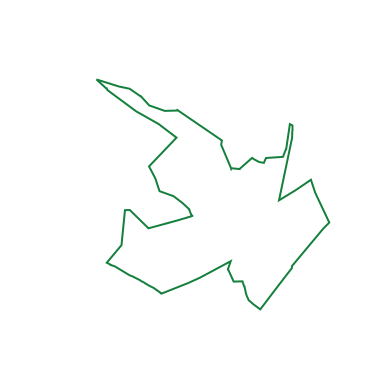 Marondera Urban, Mashonaland East, Zimbabwe (Equal Earth projection), rotated 117°
{"feature_id": "62879985B19801447956475", "entity_name": "Marondera Urban", "entity_type": "district", "adm_level": 2, "iso_a3": "ZWE", "parent_name": "Zimbabwe", "parent_adm1": "Mashonaland East", "projection": "equal_earth", "projection_center": [31.561, -18.213], "detail": "fine", "context": "isolated", "style": "outline", "palette": "green", "viewbox_px": 384, "rotation_deg": 117, "n_neighbors": 0, "source": "geoboundaries", "source_scale": "gbopen_adm2", "svg_char_len": 1742}
<svg xmlns="http://www.w3.org/2000/svg" viewBox="0 0 384 384"><g transform="rotate(117 192 192)"><path d="M98.8,127.2L91.9,130.4L91.5,130.4L87.1,132.7L87.1,135.6L110.6,127.7L110.6,127.8L119.4,126.9L128.1,141.5L133.5,141.2L134.8,145.9L134.7,151.5L134.3,153.9L149.4,159.9L149.9,159.9L152.9,167.6L153.5,167.6L152.9,168.2L136.9,187.2L136.5,187.5L132.5,188.8L125.6,242.3L126.2,242.3L132.1,253.1L134.3,269.4L129.5,282.1L130.1,281.4L128.3,294.4L131.2,305.1L135.1,328.2L138.5,315.9L138.7,315.0L137.8,315.7L139.6,313.6L145.5,278.2L146.6,252.5L150.6,230.5L160.0,233.3L188.7,241.9L196.4,231.0L206.0,221.3L204.1,206.6L206.1,195.6L208.7,186.5L209.0,186.5L213.1,181.8L212.7,180.3L223.4,191.5L244.1,214.3L236.3,239.2L238.6,243.5L271.3,230.7L293.7,235.8L293.7,230.9L293.9,230.9L293.6,229.8L293.6,228.5L293.3,227.5L293.3,226.9L294.5,210.6L294.5,210.0L294.5,209.0L294.3,207.7L294.2,207.1L294.2,206.1L294.2,204.8L294.2,203.8L294.2,202.5L294.2,201.5L294.2,199.9L294.2,198.6L294.2,197.7L294.5,196.7L294.4,195.4L294.4,194.1L294.4,193.1L294.7,192.1L294.7,190.8L294.7,189.9L294.9,188.9L294.9,186.3L294.9,185.3L294.9,182.7L294.9,182.1L295.1,181.7L295.1,180.4L295.4,179.8L295.4,179.5L295.4,179.1L295.4,178.5L295.6,178.2L295.6,176.9L295.9,176.5L295.9,175.9L295.9,175.6L295.9,174.9L296.1,174.6L296.1,174.3L296.1,173.9L296.1,173.6L296.4,173.6L296.4,173.3L296.9,173.5L275.0,154.2L264.6,145.9L236.1,126.1L244.7,124.9L244.9,124.7L245.0,124.5L244.7,124.5L252.9,114.2L248.7,106.5L252.5,102.6L252.4,102.3L257.7,98.0L259.5,96.3L262.7,92.3L264.2,86.1L265.6,77.9L238.6,73.0L228.9,71.2L215.1,68.6L214.4,68.5L212.7,69.3L164.9,58.4L156.9,55.8L136.7,81.9L127.1,91.6L143.2,100.4L158.8,110.0L159.9,110.7L101.3,126.6L98.8,127.2Z" fill="none" stroke="#15803d" stroke-width="2"/></g></svg>